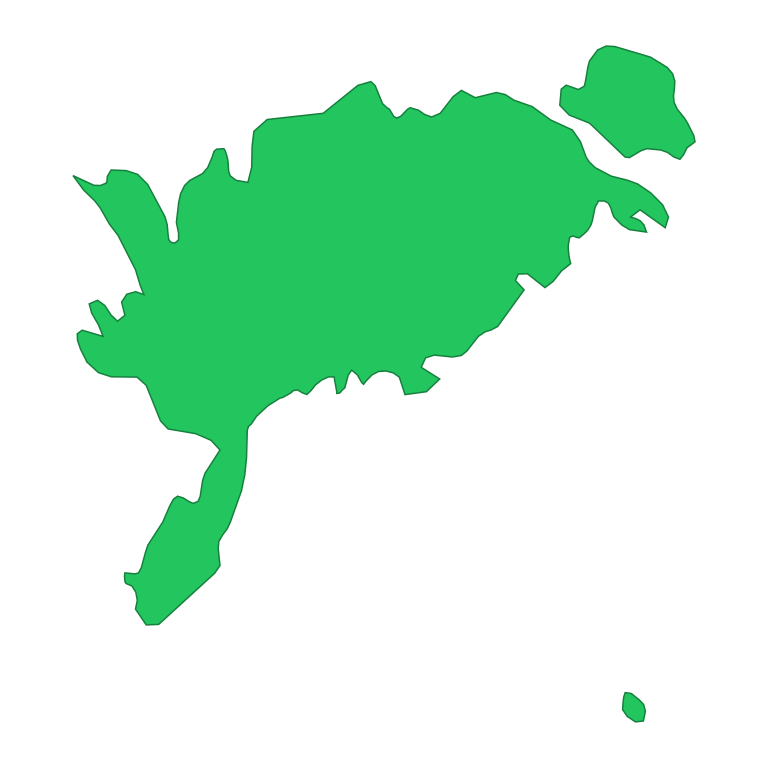 outline of Saare
{"feature_id": "EST-2352", "entity_name": "Saare", "entity_type": "Municipality", "adm_level": 1, "iso_a3": "EST", "parent_name": "Estonia", "parent_adm1": "", "projection": "mercator", "projection_center": [22.596, 58.233], "detail": "fine", "context": "isolated", "style": "filled", "palette": "green", "viewbox_px": 768, "rotation_deg": 0, "n_neighbors": 0, "source": "natural_earth", "source_scale": "10m", "svg_char_len": 3492}
<svg xmlns="http://www.w3.org/2000/svg" viewBox="0 0 768 768"><path d="M627.7,180.3L637.5,183.9L650.7,192.9L662.6,204.8L668.5,217.1L665.2,227.7L640.0,209.8L630.5,217.1L635.5,218.5L640.1,220.7L643.9,224.9L646.5,232.1L629.4,229.6L621.8,225.0L614.0,217.1L612.5,213.5L610.9,208.1L608.4,203.2L604.4,201.0L598.3,201.0L597.7,202.6L595.3,206.7L594.6,209.5L592.4,220.5L591.0,224.8L588.0,229.8L585.3,232.7L579.3,237.8L576.7,237.4L573.0,235.9L569.7,237.3L568.2,245.8L568.4,250.4L568.9,255.2L569.7,259.8L570.7,263.6L561.6,270.8L553.1,281.4L545.0,287.6L527.3,273.7L518.3,274.1L515.4,280.5L524.1,289.9L497.6,326.5L491.4,329.8L485.0,331.9L478.3,336.4L466.8,351.1L461.3,355.5L452.4,357.0L434.2,355.1L425.6,357.8L421.2,367.3L439.7,379.0L426.4,391.7L405.0,394.6L399.3,377.1L393.3,372.9L386.0,371.0L378.5,371.5L372.1,374.8L366.0,381.1L363.6,384.3L361.8,382.7L357.3,374.8L351.7,370.1L348.2,375.1L344.8,387.9L342.0,390.3L340.7,392.0L339.5,393.1L336.8,393.4L336.6,390.8L334.5,379.5L334.3,377.1L328.7,376.8L321.7,380.0L315.3,385.1L311.0,390.6L306.8,394.5L302.1,392.7L297.6,389.9L293.4,390.6L290.5,393.1L282.9,397.4L279.8,398.2L267.8,405.8L256.6,416.2L251.4,423.9L248.5,426.4L247.3,430.2L246.5,458.2L244.8,474.7L241.4,491.0L230.4,521.9L227.2,528.8L222.7,534.8L218.8,541.5L218.2,548.7L220.0,565.5L214.8,573.1L158.7,624.4L146.2,624.9L135.5,609.1L137.3,600.4L135.8,592.2L131.9,586.0L126.3,583.6L125.2,582.4L124.7,579.5L124.5,576.0L124.9,572.9L135.4,573.9L138.5,572.9L141.3,567.7L145.6,551.9L147.9,545.1L162.9,521.8L169.7,506.0L173.5,499.1L177.6,496.2L183.4,498.0L188.5,501.3L193.2,503.4L198.1,501.3L200.2,496.3L202.6,480.6L205.0,473.3L220.0,450.0L211.0,440.3L195.8,433.7L168.2,429.0L160.5,420.9L146.2,385.3L137.0,377.1L111.3,376.8L98.4,372.6L87.0,362.1L80.5,349.1L77.5,340.2L77.3,333.8L82.2,330.2L103.1,336.4L98.5,324.9L91.7,313.1L89.2,303.9L97.6,300.3L104.7,305.4L111.1,315.1L117.5,321.2L124.9,315.3L121.6,302.1L126.8,294.2L135.7,291.7L143.9,294.6L140.4,285.9L135.5,269.7L118.0,235.3L109.5,224.2L100.2,207.9L94.9,201.0L83.7,190.1L73.0,175.6L93.9,185.3L100.3,185.5L106.3,183.1L107.1,180.4L107.3,176.4L111.1,170.0L126.2,170.6L137.7,174.4L147.7,184.5L165.0,216.8L167.2,224.6L168.1,234.9L168.7,239.4L170.3,241.8L172.5,242.7L174.9,243.0L178.5,240.0L178.6,233.4L176.4,222.3L178.7,202.3L180.6,193.7L184.6,185.5L189.8,180.4L202.5,173.6L207.7,167.6L212.2,157.0L214.0,151.4L216.7,149.1L223.9,148.7L225.0,150.4L226.4,154.3L227.6,158.9L228.1,162.4L228.7,171.5L230.3,175.9L236.0,180.3L247.9,182.4L251.7,167.2L252.1,146.3L253.9,131.3L267.2,119.5L323.2,113.3L357.8,85.4L370.9,81.6L375.2,85.7L382.5,103.6L387.0,107.7L389.5,109.3L393.7,116.4L396.6,118.0L400.6,116.4L407.6,109.2L410.1,107.7L418.3,110.1L424.8,114.6L431.6,117.0L440.2,113.3L453.2,96.6L461.4,90.4L475.3,97.7L496.4,92.5L505.3,94.6L514.0,100.2L532.2,106.6L550.7,120.0L572.4,130.0L580.4,141.6L586.2,157.3L589.2,161.9L595.1,167.6L611.1,176.1L627.7,180.3ZM687.6,123.2L693.8,135.6L695.0,141.8L687.0,147.8L683.7,154.5L679.9,159.3L673.9,157.0L667.5,152.4L660.7,150.0L646.8,148.7L641.2,150.6L629.4,157.6L625.0,157.0L589.6,123.2L569.3,115.1L559.8,105.3L561.2,89.2L566.2,85.2L578.3,89.5L584.2,86.3L585.3,82.2L588.0,66.4L589.6,60.8L597.6,50.0L606.0,46.1L614.7,46.5L650.6,57.2L667.3,67.5L672.6,73.8L674.8,81.2L674.4,88.7L673.5,96.0L674.1,102.5L677.3,109.2L684.6,118.3L687.6,123.2ZM639.6,700.2L643.6,704.5L645.4,711.2L643.4,721.0L635.5,721.9L627.3,716.5L622.6,709.6L623.0,703.2L623.7,697.1L625.2,692.6L631.3,693.5L639.6,700.2Z" fill="#22c55e" stroke="#15803d" stroke-width="1.5"/></svg>